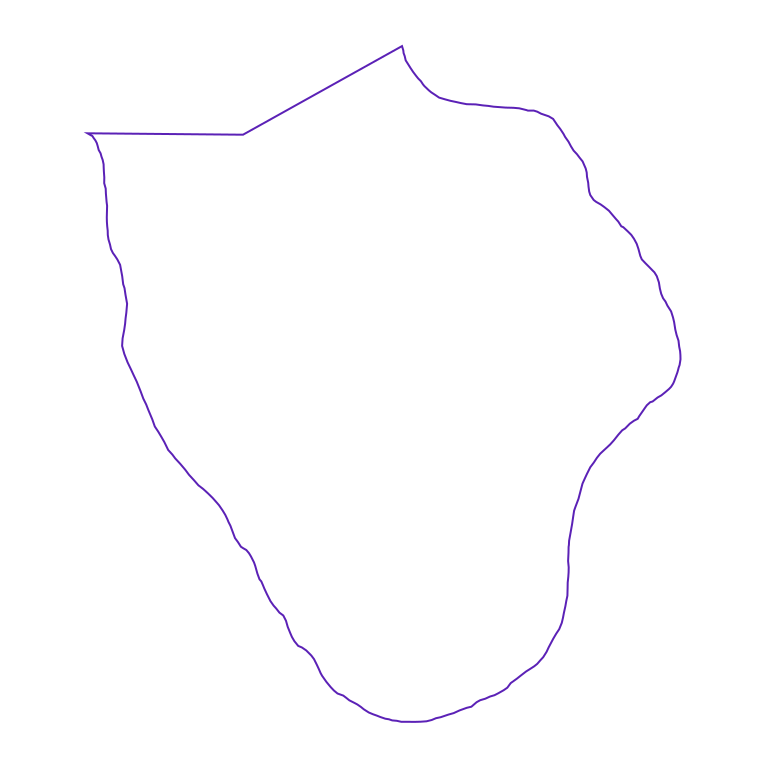 outline of South Miladhunmadulu, Maldives
{"feature_id": "70690204B143324726132", "entity_name": "South Miladhunmadulu", "entity_type": "district", "adm_level": 2, "iso_a3": "MDV", "parent_name": "Maldives", "parent_adm1": "", "projection": "natural_earth1", "projection_center": [73.322, 5.821], "detail": "fine", "context": "isolated", "style": "outline", "palette": "violet", "viewbox_px": 768, "rotation_deg": 0, "n_neighbors": 0, "source": "geoboundaries", "source_scale": "gbopen_adm2", "svg_char_len": 3975}
<svg xmlns="http://www.w3.org/2000/svg" viewBox="0 0 768 768"><path d="M87.5,133.3L88.9,134.1L91.1,135.4L92.3,135.9L93.7,138.1L95.4,140.4L96.8,143.1L97.7,146.1L98.7,150.0L100.6,153.4L101.5,156.7L102.7,160.0L103.6,164.3L103.7,167.7L103.9,171.7L104.3,177.4L104.2,183.2L105.7,188.6L105.9,193.6L106.6,202.0L107.1,205.8L106.9,213.5L106.8,217.5L106.9,221.9L107.2,226.2L107.7,230.7L107.8,235.0L108.5,239.5L110.0,244.5L111.0,249.1L112.9,253.0L115.0,255.9L117.3,259.4L120.1,264.8L122.2,276.2L123.2,284.3L124.5,288.1L125.5,294.8L127.1,303.8L126.3,312.9L125.6,318.2L125.1,323.8L124.2,330.0L122.6,338.4L122.1,345.9L124.3,353.9L127.6,362.4L130.6,368.6L133.9,375.7L136.8,381.8L140.6,391.3L143.3,398.6L146.2,404.5L148.3,409.9L152.3,419.4L154.8,426.5L158.2,431.6L161.2,436.6L164.3,442.0L168.2,450.0L172.4,454.6L175.2,458.4L180.2,463.8L185.2,469.7L189.0,474.8L193.7,479.9L198.4,485.3L203.2,489.0L207.8,493.2L212.7,498.0L216.4,502.2L219.0,505.2L222.7,510.6L225.3,514.9L227.4,519.3L228.5,522.0L230.4,525.7L232.7,531.9L235.0,538.1L237.9,542.0L240.9,546.7L243.0,548.1L246.3,550.0L249.0,553.2L251.0,556.5L254.0,562.4L255.2,565.8L257.4,573.6L259.5,579.3L261.3,581.4L263.0,585.3L264.3,588.5L266.9,594.1L270.5,601.2L273.6,605.6L276.2,608.5L279.4,612.6L283.3,615.5L286.0,620.8L287.7,626.8L290.3,633.2L291.9,636.9L294.4,641.2L298.2,645.9L301.8,647.4L306.2,650.4L311.3,655.5L314.0,659.1L316.8,664.7L319.0,669.4L320.6,673.1L322.1,675.8L326.4,681.9L330.6,687.0L333.9,690.5L337.5,693.5L343.3,695.6L346.2,697.8L349.3,700.3L354.8,703.1L357.4,704.5L361.0,707.0L363.8,709.3L368.8,712.5L373.1,714.3L376.8,715.6L380.3,717.0L385.3,718.7L389.0,719.3L392.2,720.4L396.8,720.8L401.3,721.8L408.9,721.8L414.0,721.9L420.8,721.7L426.5,721.3L431.7,720.0L436.0,718.2L440.7,717.2L448.4,714.6L453.7,713.1L459.6,710.4L466.8,707.8L471.4,706.7L476.6,702.2L480.2,700.2L485.3,698.7L490.1,696.5L494.5,695.2L498.2,693.3L503.7,690.2L507.3,687.7L510.7,683.1L516.7,678.8L521.0,675.4L526.2,671.4L529.4,669.4L534.2,666.3L537.2,663.9L540.6,660.0L543.2,657.2L546.6,651.8L548.7,647.3L553.2,638.8L556.2,633.7L559.2,629.2L561.8,622.8L563.0,617.7L563.9,612.9L565.4,606.1L566.3,600.9L567.4,595.8L567.5,591.9L567.6,588.1L567.7,582.6L568.3,576.8L568.6,572.3L568.7,567.3L568.1,561.0L568.5,552.7L568.6,546.9L568.9,545.0L569.1,540.8L570.5,533.1L572.1,524.1L573.2,516.6L574.1,510.7L575.4,507.0L578.5,498.8L581.2,488.5L582.5,483.6L584.9,478.3L586.8,474.2L590.3,467.2L593.7,462.7L597.0,457.7L600.2,453.7L604.5,449.7L610.3,444.3L613.8,440.4L618.4,434.6L622.2,430.3L625.2,428.4L629.8,423.7L634.0,420.7L637.7,418.8L639.2,416.2L641.7,412.6L644.6,408.4L646.8,405.3L650.2,402.2L652.6,401.5L657.6,397.5L661.3,395.4L665.5,392.0L669.1,388.9L671.1,386.8L673.1,383.7L674.1,381.5L677.1,373.2L677.3,372.7L678.1,369.9L678.7,367.5L679.6,365.0L680.5,359.3L680.4,355.0L680.1,351.2L679.2,346.7L678.5,340.7L676.6,335.0L675.3,329.6L674.1,322.0L673.0,317.4L671.1,311.4L667.4,305.6L665.5,301.6L663.1,298.3L661.2,293.8L659.9,288.6L658.9,282.4L656.8,276.2L654.4,272.3L651.9,269.8L649.1,266.9L645.4,263.2L641.8,259.4L640.3,255.9L638.4,248.8L636.7,243.8L634.0,238.8L631.3,234.9L627.7,231.3L623.3,227.2L621.3,226.3L618.3,221.6L616.2,219.3L612.2,214.6L609.0,210.8L604.1,206.9L600.6,204.4L596.2,201.9L593.7,200.0L590.3,195.1L589.2,191.6L588.5,186.5L588.2,182.8L587.0,176.8L586.7,172.5L585.7,168.5L582.6,161.4L579.7,157.8L576.9,154.1L576.5,153.7L573.6,150.6L571.0,146.4L568.5,141.7L565.1,136.9L563.5,133.9L560.2,128.9L557.4,125.3L553.1,118.9L548.7,116.3L544.3,114.8L541.1,113.7L537.3,111.7L533.8,110.6L527.9,110.6L526.5,110.1L522.1,109.0L519.2,108.3L513.4,107.8L509.6,107.7L505.7,107.6L500.5,107.2L493.6,106.7L488.2,105.9L482.8,105.4L475.7,104.4L471.5,104.3L466.8,104.2L461.0,103.1L456.1,102.0L450.4,100.8L444.9,99.3L439.1,97.6L435.3,95.0L431.2,92.3L428.8,90.3L424.5,86.2L423.0,84.4L420.9,81.2L418.2,78.5L416.2,76.0L413.1,71.9L410.3,67.7L407.8,63.7L405.7,60.4L404.7,56.1L403.6,53.1L403.3,50.4L402.0,46.1L243.0,134.7L87.5,133.3Z" fill="none" stroke="#5b21b6" stroke-width="2"/></svg>